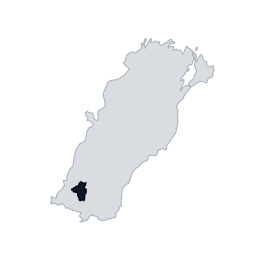 Bitlis on a map of Turkey (Mercator projection), rotated 122°
{"feature_id": "TUR-2311", "entity_name": "Bitlis", "entity_type": "Province", "adm_level": 1, "iso_a3": "TUR", "parent_name": "Turkey", "parent_adm1": "", "projection": "mercator", "projection_center": [42.405, 38.524], "detail": "fine", "context": "in_parent", "style": "filled", "palette": "ink", "viewbox_px": 256, "rotation_deg": 122, "n_neighbors": 0, "source": "natural_earth", "source_scale": "10m", "svg_char_len": 4445}
<svg xmlns="http://www.w3.org/2000/svg" viewBox="0 0 256 256"><g transform="rotate(122 128 128)"><path d="M196.8,92.2L200.3,93.5L201.4,92.5L204.5,92.7L207.3,93.3L208.9,91.3L210.9,91.5L211.2,92.6L212.2,93.0L215.1,95.6L214.7,95.9L215.5,96.9L218.0,97.5L218.2,98.8L220.1,100.8L221.1,103.8L220.5,105.9L219.5,107.3L221.0,111.8L220.5,112.4L223.5,113.9L227.4,113.6L228.6,114.3L232.2,117.8L233.2,119.2L230.6,117.5L229.2,119.0L228.5,122.5L224.4,123.1L225.0,125.4L226.1,126.4L225.8,128.5L226.1,129.4L227.2,130.8L227.0,132.7L227.5,134.7L227.5,137.1L229.1,137.8L228.4,138.9L226.5,143.8L226.6,144.2L227.9,144.3L230.7,146.5L230.2,147.2L230.5,150.3L232.9,152.3L232.5,153.3L232.6,154.4L230.8,153.9L227.3,156.6L226.9,156.6L226.4,155.6L226.3,152.9L225.4,152.2L224.3,152.0L222.4,153.2L220.6,153.2L218.9,153.0L214.2,151.3L212.5,151.9L210.7,151.2L207.2,154.6L206.2,154.8L205.7,153.2L204.4,152.2L202.9,153.5L196.9,155.1L194.1,155.4L190.8,154.8L188.0,155.0L180.4,158.7L173.2,160.7L166.7,160.5L163.2,158.2L160.4,157.7L152.1,161.2L148.0,161.1L146.7,159.6L143.5,159.0L142.9,160.4L142.2,163.8L143.3,166.8L141.6,167.0L140.4,167.7L140.1,169.9L138.5,170.8L138.0,172.2L137.7,172.3L135.1,171.1L135.8,170.0L134.2,165.8L135.0,164.5L138.4,161.0L138.3,159.0L136.9,157.6L132.6,160.1L132.2,161.1L131.2,161.9L129.6,162.2L122.1,158.8L117.6,161.8L113.9,166.0L111.0,167.5L102.6,168.7L101.1,169.5L98.2,168.6L96.5,167.5L92.6,162.7L85.3,159.1L77.5,158.2L76.8,159.1L76.5,162.8L75.3,166.3L74.7,166.7L73.0,165.8L67.0,167.9L61.9,165.6L61.0,164.6L59.9,160.5L59.1,160.2L58.3,160.8L57.4,160.8L53.8,159.0L51.8,158.9L50.6,160.6L48.7,161.3L48.6,160.9L49.4,159.7L46.3,159.9L44.7,160.8L42.4,160.3L42.6,159.8L44.4,159.3L48.5,158.6L51.1,155.9L41.3,156.1L40.4,156.6L40.2,155.2L40.8,154.6L43.3,154.1L43.2,152.9L41.6,151.6L39.9,151.0L39.1,148.0L38.2,147.2L38.3,146.8L39.9,146.3L40.3,144.1L40.0,142.8L36.8,141.6L36.1,141.7L35.3,140.6L34.0,139.7L32.9,140.4L29.7,138.6L30.3,137.3L31.1,137.3L31.2,136.3L30.6,134.6L30.6,133.7L31.3,133.5L32.1,133.7L32.9,134.7L33.0,136.6L33.9,137.8L34.5,136.6L35.9,137.3L38.5,136.7L39.0,136.2L37.1,136.2L36.4,135.7L34.9,132.5L36.5,131.6L37.6,130.0L35.4,129.0L35.9,126.8L34.0,124.3L36.5,121.1L36.4,120.6L35.6,120.5L27.7,121.8L27.6,120.4L28.2,119.1L28.1,116.0L28.5,114.4L29.9,113.9L31.7,111.4L34.6,108.5L37.6,108.5L38.8,107.7L40.6,107.7L41.1,108.8L42.7,109.6L45.5,109.5L46.8,108.7L45.5,107.3L47.1,106.8L48.3,107.2L47.7,108.7L48.0,108.9L51.6,108.4L55.4,108.8L59.5,108.6L60.0,108.1L57.1,106.5L59.0,105.1L60.0,104.9L68.7,103.6L68.8,103.3L63.4,102.5L60.7,100.7L59.9,99.7L60.5,97.2L61.1,96.5L63.0,96.4L69.5,97.6L74.2,96.9L79.3,98.5L84.2,98.2L85.2,97.5L86.4,95.1L93.3,91.2L95.7,89.1L106.5,85.0L122.6,85.7L125.4,84.2L127.0,84.7L126.6,85.7L126.7,86.7L128.6,89.1L131.5,90.5L135.4,89.3L136.9,89.8L138.3,93.5L140.8,95.8L141.9,95.9L143.4,94.6L144.9,94.5L147.2,95.8L148.0,97.1L155.7,98.6L157.3,99.7L162.5,100.9L173.9,98.2L178.1,100.0L181.7,100.6L183.2,100.3L187.8,98.2L189.2,97.0L192.1,96.0L195.8,93.6L196.8,92.2ZM48.6,85.6L48.3,87.2L49.0,89.1L50.6,91.7L52.3,93.0L60.1,96.4L58.9,99.6L57.0,100.1L50.3,98.6L47.6,99.9L45.7,99.6L42.9,100.2L42.2,102.1L40.3,104.3L35.0,107.0L30.1,112.4L28.7,113.1L29.3,111.3L29.3,109.7L31.4,107.8L34.4,106.4L35.2,105.2L27.6,105.4L26.9,103.7L27.7,103.4L30.1,100.4L30.4,99.2L30.1,96.3L33.1,94.6L33.3,93.9L32.9,91.0L30.0,89.3L30.1,88.5L32.1,87.7L33.2,85.6L36.2,85.2L37.6,84.2L40.1,83.7L43.3,86.3L47.1,85.3L48.6,85.6ZM26.2,112.3L23.6,112.7L22.8,112.3L23.6,111.4L25.6,110.8L26.2,111.7L26.2,112.3Z" fill="#d9dde1" stroke="#a8b0b8" stroke-width="1"/><path d="M207.4,129.4L208.3,129.1L209.1,128.4L209.6,128.1L210.1,128.0L210.5,127.7L210.9,127.4L212.9,127.0L212.9,128.1L213.2,128.8L214.5,129.5L215.0,130.3L214.6,131.3L213.9,131.9L213.3,132.5L212.2,134.0L212.1,134.5L211.8,134.9L211.1,135.4L209.9,136.0L209.7,136.8L209.7,137.1L210.1,138.0L210.2,138.6L210.1,139.0L210.3,139.7L210.9,140.0L210.5,140.9L210.4,141.0L210.3,141.7L210.4,142.1L210.3,142.7L210.0,143.2L209.6,143.3L208.8,142.7L207.7,142.1L207.0,141.6L206.5,141.4L205.8,141.2L205.0,140.9L204.3,140.3L203.6,139.7L202.9,139.3L201.9,139.7L201.0,139.9L199.8,139.8L198.7,139.4L198.6,139.1L198.7,138.8L198.7,138.3L198.6,137.7L198.4,137.0L198.0,135.1L197.1,134.7L198.9,133.9L200.7,134.0L201.5,133.6L202.2,132.9L202.6,132.5L202.6,131.9L202.2,131.3L202.4,130.8L203.4,130.8L203.6,130.6L203.7,130.0L204.0,129.8L204.4,129.8L204.9,129.6L205.2,129.3L205.6,129.2L207.4,129.4Z" fill="#0f172a" stroke="#020617" stroke-width="1.5"/></g></svg>